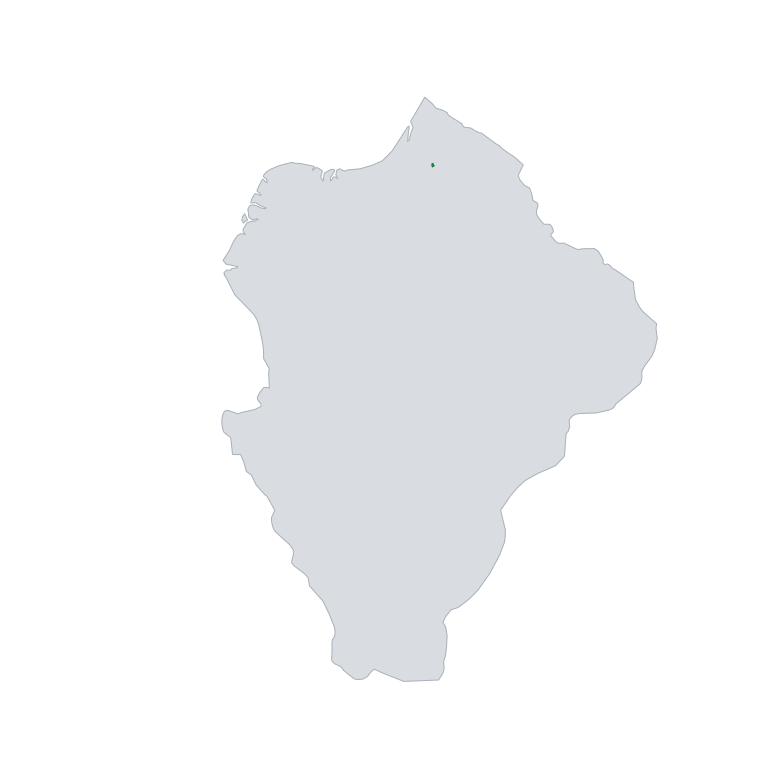 Ibadan South East, Oyo, Nigeria shown in context, rotated 123°
{"feature_id": "59680162B26854390786792", "entity_name": "Ibadan South East", "entity_type": "district", "adm_level": 2, "iso_a3": "NGA", "parent_name": "Nigeria", "parent_adm1": "Oyo", "projection": "mercator", "projection_center": [3.898, 7.355], "detail": "fine", "context": "in_parent", "style": "filled", "palette": "green", "viewbox_px": 768, "rotation_deg": 123, "n_neighbors": 0, "source": "geoboundaries", "source_scale": "gbopen_adm2", "svg_char_len": 4338}
<svg xmlns="http://www.w3.org/2000/svg" viewBox="0 0 768 768"><g transform="rotate(123 384 384)"><path d="M602.5,177.0L622.6,205.4L626.9,226.4L628.5,236.8L631.9,238.0L638.2,238.6L642.7,240.7L645.5,244.1L647.2,247.3L647.5,249.2L646.2,261.8L644.6,266.4L645.5,272.6L645.2,275.2L644.5,277.0L641.7,279.1L637.9,281.1L628.8,287.1L626.1,288.0L622.3,288.1L619.0,289.6L615.1,292.9L606.6,304.9L599.3,316.9L594.0,336.4L587.6,342.4L586.4,347.8L585.5,359.9L584.5,363.6L583.4,364.7L576.5,367.0L572.6,369.7L570.2,375.2L567.2,393.9L566.1,396.9L563.8,400.2L560.3,403.6L557.3,405.6L549.4,406.9L541.9,420.8L541.8,423.3L538.4,436.0L532.7,445.5L532.3,451.7L525.0,460.1L521.3,465.8L525.1,471.8L525.4,472.8L513.0,482.9L512.3,484.4L511.8,491.4L510.8,493.3L508.5,495.8L505.2,498.6L501.7,500.8L497.9,502.4L494.2,502.9L492.1,502.0L490.9,499.9L488.9,491.4L487.8,489.5L485.4,487.9L475.8,478.5L470.0,475.1L468.8,475.4L467.8,476.3L466.2,481.0L464.6,482.8L461.5,483.4L456.2,483.4L452.4,482.8L451.5,481.8L449.6,478.1L437.7,486.7L433.6,488.6L428.3,498.7L420.8,503.8L415.6,508.2L401.8,522.0L399.0,526.0L396.3,532.1L390.4,557.9L380.8,574.1L379.6,577.5L379.0,577.4L377.7,578.9L374.1,577.9L372.4,574.9L370.1,574.5L366.2,570.1L365.3,570.8L369.5,581.9L368.0,586.3L356.3,586.4L346.2,587.9L339.3,587.7L335.9,586.1L334.3,582.0L333.7,582.4L333.4,584.6L331.2,586.4L323.4,586.7L320.0,583.9L317.2,580.7L314.3,579.3L314.7,580.6L318.1,583.7L317.7,588.2L311.5,593.4L307.5,593.7L305.1,591.4L303.8,587.8L303.2,582.4L301.5,578.9L300.6,578.9L301.7,584.7L301.8,590.2L304.7,594.4L300.2,595.8L294.7,595.9L294.0,594.3L293.3,590.8L292.4,589.9L291.2,595.9L280.0,597.5L278.4,597.3L278.1,596.2L278.9,594.5L278.7,591.8L276.2,593.9L275.8,598.0L274.4,598.7L270.1,598.1L265.5,596.0L257.9,590.8L248.6,582.3L247.1,578.5L244.4,573.8L239.5,561.0L240.4,560.4L242.6,561.1L243.6,559.9L239.8,559.0L239.0,558.1L238.7,555.2L238.9,551.7L244.7,549.9L246.1,547.8L246.9,545.7L239.6,548.9L232.9,545.3L231.4,543.0L232.1,541.4L240.0,541.2L242.8,539.6L241.1,539.0L238.1,539.1L237.0,538.0L237.1,535.3L236.1,535.9L234.8,538.3L230.2,540.0L227.6,538.3L227.3,534.4L226.7,532.7L224.5,531.3L216.5,521.2L206.5,512.7L197.5,506.9L184.0,504.1L155.8,504.2L154.2,503.4L156.0,502.1L158.5,501.2L167.5,496.4L166.0,495.8L156.6,498.8L153.3,499.0L149.2,504.7L121.4,506.0L121.5,503.4L122.7,495.9L124.4,490.7L122.5,484.5L122.1,478.8L123.2,477.1L123.6,474.9L123.3,460.4L124.8,458.2L124.9,456.7L122.0,450.5L122.0,445.8L121.5,441.1L120.5,439.0L121.6,421.2L121.3,416.8L122.2,413.7L122.6,406.0L122.6,398.5L124.4,386.6L136.3,385.0L139.2,380.4L140.9,374.5L140.4,368.6L144.2,363.5L148.9,359.0L148.7,354.0L150.0,352.4L152.2,351.3L155.4,350.7L158.9,348.2L160.9,343.8L162.9,336.9L159.8,332.0L159.9,330.9L161.0,328.3L162.9,325.7L164.4,324.9L167.8,325.5L168.9,324.5L171.2,316.8L171.0,314.7L167.8,309.6L166.0,295.6L165.0,293.8L162.5,291.2L155.9,281.4L156.0,276.7L158.8,270.7L160.6,267.8L163.2,266.2L163.7,264.8L162.9,263.2L161.6,261.9L161.4,259.2L162.6,255.5L162.3,251.3L162.9,230.2L168.3,226.0L176.2,219.1L180.2,211.9L182.3,206.4L185.0,188.2L189.2,186.2L197.1,179.5L207.8,175.7L214.8,174.5L227.1,175.2L233.3,174.6L238.6,170.9L241.0,169.9L244.3,169.3L274.9,178.8L277.7,178.4L280.0,179.0L283.8,181.5L292.8,190.4L302.3,204.0L305.2,207.0L308.1,208.5L311.1,209.1L313.4,208.9L315.6,207.6L318.5,205.0L323.0,203.8L326.7,204.1L345.7,193.6L347.5,193.5L359.2,195.7L375.1,206.2L388.1,213.1L397.3,215.4L408.1,217.0L426.3,217.5L440.2,202.8L445.3,199.6L451.4,196.7L464.3,193.9L485.6,192.1L505.6,192.9L518.0,195.4L531.1,200.2L536.8,204.8L545.6,205.6L552.0,204.7L554.1,200.1L560.5,194.1L570.0,188.6L577.8,184.7L584.2,182.9L590.0,178.5L594.5,177.1L602.5,177.0ZM324.2,592.5L319.9,593.8L317.1,593.5L320.9,587.6L322.9,588.9L325.4,589.4L324.2,592.5Z" fill="#d9dde1" stroke="#a8b0b8" stroke-width="1"/><path d="M174.0,461.1L173.9,461.1L173.7,461.1L173.7,461.3L173.8,461.3L173.9,461.5L173.8,461.8L173.7,461.8L173.6,462.0L173.4,462.2L173.3,462.3L173.2,462.3L173.1,462.5L172.9,462.7L172.8,462.8L172.8,463.0L172.7,463.1L172.8,463.2L173.0,463.3L173.0,463.2L173.3,463.1L173.5,463.1L173.8,462.9L174.0,462.9L174.3,462.8L174.4,462.7L174.5,462.7L174.8,462.6L174.9,462.4L174.9,462.2L175.0,462.2L175.1,461.9L175.2,461.7L174.9,461.6L174.8,461.4L174.8,461.5L174.7,461.5L174.6,461.4L174.4,461.3L174.2,461.4L174.1,461.2L174.0,461.1Z" fill="#22c55e" stroke="#15803d" stroke-width="1.5"/></g></svg>